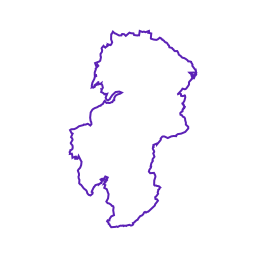 Bobalna, Cluj, Romania (Robinson projection), rotated 297°
{"feature_id": "2599482B95685423032736", "entity_name": "Bobalna", "entity_type": "district", "adm_level": 2, "iso_a3": "ROU", "parent_name": "Romania", "parent_adm1": "Cluj", "projection": "robinson", "projection_center": [23.661, 47.132], "detail": "fine", "context": "isolated", "style": "outline", "palette": "violet", "viewbox_px": 256, "rotation_deg": 297, "n_neighbors": 0, "source": "geoboundaries", "source_scale": "gbopen_adm2", "svg_char_len": 5791}
<svg xmlns="http://www.w3.org/2000/svg" viewBox="0 0 256 256"><g transform="rotate(297 128 128)"><path d="M89.6,183.8L90.1,182.4L89.9,181.1L89.5,180.1L89.5,179.1L88.9,178.0L89.2,177.1L93.2,175.2L97.0,174.6L98.2,173.7L99.8,171.5L97.8,168.3L98.6,166.4L100.5,166.0L103.1,166.4L104.2,166.1L104.1,165.6L104.4,165.5L107.2,164.8L109.9,165.1L110.0,164.7L110.4,164.4L111.7,164.1L114.4,164.6L116.9,162.0L118.3,162.2L119.1,161.9L120.8,159.5L122.2,159.0L122.7,159.5L123.0,159.3L122.9,158.8L123.4,158.6L124.1,158.8L124.5,158.4L127.4,160.9L126.6,161.3L132.0,162.5L132.9,162.4L133.4,161.9L135.7,162.4L136.4,163.0L137.0,164.4L137.1,168.0L140.2,170.4L141.6,172.3L142.6,174.6L143.5,174.3L145.2,175.2L147.1,177.9L150.5,180.8L154.9,181.9L156.4,181.1L157.3,178.0L159.0,177.2L160.8,175.5L162.2,174.6L163.1,173.4L163.0,171.6L163.9,170.2L163.6,168.8L164.6,168.0L165.2,167.8L166.2,168.1L167.6,169.0L168.4,168.5L169.2,168.6L169.4,168.3L171.3,168.5L171.4,169.0L172.4,168.8L171.7,169.0L172.1,169.1L172.7,169.0L172.7,168.5L173.2,167.5L173.4,167.6L173.3,168.1L173.7,167.3L174.2,166.8L174.2,165.7L174.6,165.3L175.1,165.7L177.9,165.9L181.4,165.1L182.8,164.0L182.8,163.7L182.1,163.3L181.0,161.8L180.8,160.6L182.2,159.9L182.3,159.4L182.1,158.1L180.9,157.2L181.0,157.1L185.7,158.5L187.8,158.7L188.3,161.0L188.8,161.6L189.7,162.0L193.6,162.6L194.8,162.5L196.3,161.6L197.1,161.6L201.2,162.8L202.2,163.6L202.3,164.2L204.8,163.9L205.7,164.4L206.9,164.4L207.2,164.0L206.8,163.5L205.9,163.3L203.0,163.7L201.8,162.4L202.5,162.4L202.9,161.4L203.5,161.1L203.7,161.8L204.0,161.6L204.2,162.1L204.8,161.8L204.8,160.6L204.4,160.1L204.7,159.9L204.8,159.4L205.2,159.1L205.0,158.1L205.2,157.6L207.7,162.2L207.7,163.6L208.1,163.7L208.2,163.1L209.3,162.9L210.7,161.8L210.4,161.5L212.6,157.1L213.8,156.7L215.1,154.6L215.6,154.2L215.4,152.9L214.7,151.5L215.4,150.2L215.8,147.8L215.8,146.0L215.5,145.4L215.4,144.0L216.1,142.3L216.4,140.0L218.0,138.4L218.9,136.9L217.8,134.9L218.0,133.7L218.7,132.7L218.6,132.1L219.3,130.8L218.7,128.2L220.1,127.0L220.3,125.9L221.3,124.6L221.6,123.4L221.3,122.8L221.5,121.6L222.1,120.4L222.2,118.9L222.4,118.7L222.2,118.4L222.9,117.0L222.7,116.4L222.9,116.1L222.9,115.3L220.4,114.2L219.4,113.3L218.5,110.8L218.0,108.0L218.3,107.6L222.8,105.8L222.1,103.0L223.2,103.1L224.0,102.6L221.3,100.1L221.1,98.4L220.1,97.3L219.8,94.4L215.6,95.8L215.1,94.7L214.7,94.4L213.6,91.2L214.8,89.9L213.8,87.7L213.6,86.0L209.1,84.2L209.8,82.0L209.3,80.5L208.9,80.0L207.5,80.1L206.4,78.0L206.5,73.8L206.3,73.1L207.0,70.8L204.4,70.8L203.9,70.5L199.3,72.7L197.2,75.0L194.6,75.1L193.8,74.6L193.6,73.0L193.4,73.4L192.6,72.1L192.4,72.4L191.8,72.6L191.2,72.2L191.2,71.9L190.1,71.6L189.8,71.0L189.4,71.1L189.4,70.3L190.1,68.9L187.6,68.3L187.0,68.3L185.5,69.7L183.9,70.2L181.5,69.9L179.5,71.0L179.2,71.5L178.7,71.8L175.3,72.7L174.2,72.2L170.9,69.2L169.3,70.9L170.2,71.2L169.1,71.2L168.9,71.6L170.7,71.9L169.9,73.3L166.3,72.2L165.7,72.7L162.5,73.1L160.1,74.3L159.8,74.5L160.6,75.5L159.8,76.1L158.5,75.2L156.5,75.7L152.2,75.7L149.0,76.6L148.7,77.0L147.9,77.2L148.5,77.6L148.4,78.2L148.1,78.3L148.3,78.8L148.8,78.8L149.3,79.6L150.2,79.6L150.6,79.0L150.9,79.2L151.1,78.9L151.7,79.2L151.6,79.9L151.9,80.2L152.3,80.3L152.8,79.8L153.2,79.9L152.7,80.9L153.0,81.5L153.6,81.4L153.8,81.0L154.2,81.2L155.1,80.6L155.3,80.8L154.3,81.6L154.3,83.2L155.8,83.9L155.4,84.0L154.6,85.5L152.5,87.3L150.5,87.2L150.4,86.7L149.3,87.5L147.9,87.7L147.9,90.4L147.3,91.6L148.0,92.2L147.8,92.6L149.0,93.9L144.9,94.3L143.7,95.7L143.4,96.9L143.7,97.7L145.5,98.7L146.4,98.6L150.2,99.1L154.4,100.6L156.5,103.7L156.7,106.4L155.1,105.5L153.2,103.5L151.3,102.3L148.7,102.1L146.5,103.1L146.2,102.4L144.0,102.3L143.9,101.9L142.1,100.5L141.6,99.7L141.5,98.8L140.6,97.6L140.8,96.5L141.6,95.0L140.6,94.7L138.0,94.7L136.4,93.6L135.4,93.5L134.7,92.4L132.5,91.1L130.7,89.4L129.0,88.3L127.9,87.9L124.9,87.7L120.0,89.6L117.3,91.5L116.5,92.6L114.8,93.7L113.1,93.3L113.5,90.9L113.4,90.1L111.8,88.7L110.9,87.0L110.4,87.0L107.4,83.6L104.6,82.2L102.6,80.6L101.1,78.0L99.8,77.3L97.9,79.9L97.9,81.2L94.0,81.4L93.4,83.0L92.3,84.0L88.6,83.8L88.0,84.6L87.3,86.4L85.9,87.4L84.3,88.0L83.0,87.6L82.0,86.7L81.6,87.0L80.0,86.9L79.3,87.8L78.5,88.0L79.6,89.6L78.8,90.4L76.3,92.0L77.1,92.4L77.3,93.3L78.0,93.5L78.9,94.6L78.3,95.8L77.3,95.1L76.7,95.1L76.8,95.4L77.4,95.9L77.3,96.3L77.6,97.0L78.2,97.1L80.6,96.7L77.4,101.0L76.9,101.9L73.7,103.1L70.9,103.4L68.4,102.7L67.2,102.7L65.1,105.0L63.6,105.8L62.1,106.0L60.7,107.0L59.8,108.2L56.6,109.6L56.0,111.1L56.1,112.0L54.1,116.0L53.5,119.0L52.9,120.0L51.3,121.5L50.6,123.3L50.9,125.2L53.3,126.2L54.5,125.8L54.5,124.7L55.1,124.5L60.1,124.4L60.3,124.7L62.3,124.9L64.6,127.3L64.2,127.6L66.1,128.5L66.6,128.5L66.8,128.7L66.5,128.8L66.9,129.3L69.5,128.8L69.3,128.1L69.8,127.9L69.5,127.4L69.7,127.0L70.4,127.5L70.2,127.7L71.2,128.4L71.4,129.5L71.1,129.8L72.0,129.6L74.5,129.8L74.7,132.4L73.0,132.4L72.8,131.9L72.0,131.6L71.9,132.9L71.4,132.8L71.2,132.3L70.3,132.4L70.0,131.9L69.3,132.5L68.5,132.0L67.3,131.9L67.6,132.2L66.8,133.3L66.8,133.7L63.9,134.0L63.8,136.9L61.0,139.8L60.3,140.7L56.2,142.2L52.6,142.1L51.8,143.9L52.2,145.6L51.9,147.9L51.3,148.9L51.6,150.2L51.4,150.8L51.4,150.5L50.7,151.2L47.9,152.2L44.0,155.1L41.6,153.2L38.8,152.9L37.2,153.4L36.6,151.8L35.4,151.7L34.7,153.6L33.7,154.4L33.8,155.2L32.9,156.2L32.0,158.1L34.2,161.7L35.1,162.6L35.2,163.8L37.0,165.0L37.8,166.0L38.1,167.0L38.9,167.8L38.6,168.6L39.7,169.6L39.9,170.9L40.5,171.1L42.4,173.3L42.4,174.9L43.3,175.9L44.2,176.3L44.7,176.3L45.5,175.5L46.8,176.5L48.4,176.9L50.2,177.8L50.5,178.2L52.4,178.3L55.1,178.9L56.2,180.0L57.9,180.7L60.1,180.7L61.0,181.3L60.8,182.4L62.2,183.3L62.6,184.0L71.1,187.1L72.3,186.8L76.8,187.7L77.6,186.3L77.2,184.7L78.7,183.6L79.7,184.1L83.1,184.7L84.2,183.6L85.5,183.5L86.6,183.0L87.6,183.6L88.8,183.4L89.6,183.8Z" fill="none" stroke="#5b21b6" stroke-width="2"/></g></svg>